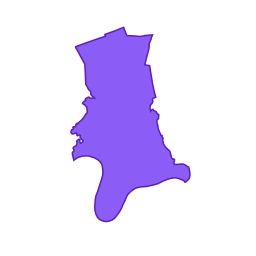 outline of Go Cong, Tiền Giang, Vietnam, rotated 196°
{"feature_id": "81297802B95868582932177", "entity_name": "Go Cong", "entity_type": "district", "adm_level": 2, "iso_a3": "VNM", "parent_name": "Vietnam", "parent_adm1": "Tiền Giang", "projection": "natural_earth1", "projection_center": [106.661, 10.409], "detail": "fine", "context": "isolated", "style": "filled", "palette": "violet", "viewbox_px": 256, "rotation_deg": 196, "n_neighbors": 0, "source": "geoboundaries", "source_scale": "gbopen_adm2", "svg_char_len": 5740}
<svg xmlns="http://www.w3.org/2000/svg" viewBox="0 0 256 256"><g transform="rotate(196 128 128)"><path d="M58.4,91.6L58.1,91.7L57.5,92.2L56.6,93.7L55.4,95.8L55.3,97.2L55.3,98.3L55.5,99.8L56.1,101.8L57.3,104.3L58.4,106.3L58.9,107.1L59.9,107.3L62.2,108.1L63.3,108.3L64.6,108.5L65.0,108.5L65.7,108.4L66.4,108.2L67.4,107.9L68.8,107.3L69.9,106.8L71.1,106.4L72.5,106.0L72.9,106.0L73.2,106.1L73.5,106.1L73.9,106.4L74.0,106.6L74.2,106.9L74.3,107.5L74.3,109.2L74.4,109.9L74.5,110.2L74.6,110.4L75.1,110.8L75.3,110.9L75.5,110.8L76.1,110.5L76.4,110.5L76.7,110.5L77.0,110.6L77.4,110.9L78.0,111.6L78.4,112.4L79.0,113.3L79.8,114.6L80.4,115.7L81.1,116.8L81.8,117.5L82.4,117.8L83.8,118.4L84.8,119.0L86.0,119.6L86.4,119.8L87.1,120.2L87.9,121.0L89.0,122.0L89.4,122.4L89.7,122.9L89.8,123.2L89.9,123.5L90.1,124.0L90.6,124.7L91.5,125.9L91.5,126.1L91.5,126.4L91.5,126.7L91.4,126.9L91.3,127.4L91.4,127.6L91.6,127.9L92.1,128.2L92.5,128.4L92.8,128.6L93.0,128.7L93.0,128.8L93.1,129.0L93.0,129.4L92.9,129.8L93.0,129.9L93.1,130.1L94.0,130.2L94.3,130.3L94.7,130.6L95.2,131.1L97.7,134.3L99.0,136.1L99.2,136.5L99.4,137.1L99.8,138.0L100.7,139.7L101.9,141.7L102.2,142.6L102.3,143.3L102.2,143.7L102.0,144.2L101.8,144.6L101.4,145.2L101.2,145.4L101.5,146.3L101.8,148.0L102.2,149.2L102.2,149.4L102.5,149.4L103.0,149.5L103.3,149.6L103.6,149.7L104.6,150.6L105.2,151.2L105.9,151.6L106.2,151.6L107.6,151.8L107.8,151.8L108.1,151.9L108.4,152.2L108.5,152.3L108.9,152.7L109.1,152.8L109.4,152.7L109.7,152.5L110.1,152.1L110.5,151.6L110.7,151.2L110.8,150.8L110.9,150.4L112.0,152.4L112.5,153.6L112.7,154.8L112.7,155.6L112.1,157.8L111.5,158.7L111.4,159.4L111.6,160.6L112.3,162.1L112.4,163.1L109.8,165.3L111.6,168.2L111.8,168.5L112.1,169.0L116.6,177.3L119.9,184.3L124.4,193.9L126.5,193.7L129.3,193.3L129.5,199.8L129.6,202.4L129.6,204.0L129.8,210.3L129.9,211.1L130.0,211.8L130.2,212.6L130.4,212.9L130.6,213.6L130.7,214.1L130.8,215.4L130.8,215.9L130.6,217.1L130.4,218.4L130.3,219.4L130.4,221.1L130.1,224.3L137.3,221.5L138.0,221.1L139.2,220.4L140.0,220.0L142.1,219.2L143.1,219.0L145.4,218.6L150.9,217.4L153.0,216.9L154.7,216.5L159.9,223.5L163.1,221.2L166.9,218.1L171.3,215.0L176.0,211.6L175.0,210.0L177.2,208.4L180.5,206.3L181.8,205.3L183.4,204.2L192.3,197.9L199.7,192.5L200.5,191.8L200.7,191.7L200.7,191.3L200.5,191.0L196.3,186.9L193.7,184.1L190.5,180.9L188.7,179.0L187.2,177.6L187.1,177.3L186.8,176.6L185.3,172.3L184.0,168.5L181.5,160.9L180.9,159.2L180.7,158.3L180.3,158.0L179.0,156.8L178.1,155.9L177.6,155.2L177.1,154.8L176.0,153.8L175.2,153.4L174.5,153.1L174.2,152.9L173.9,152.7L173.7,152.4L173.5,152.1L173.4,151.5L173.4,151.0L173.2,150.6L172.9,150.0L172.5,149.6L171.0,148.8L169.5,148.2L168.4,147.5L169.4,147.4L170.0,147.3L171.8,146.4L172.3,146.3L172.6,146.3L172.9,146.4L173.2,146.5L173.5,146.7L173.9,146.9L174.2,146.9L174.5,146.8L175.0,146.4L176.5,144.9L176.9,144.4L177.0,144.2L177.0,143.9L176.8,143.7L176.6,143.5L176.3,143.1L176.3,142.9L176.3,142.6L176.5,142.4L176.9,142.2L177.4,141.7L177.8,141.2L178.1,140.6L178.3,140.0L178.5,139.3L178.2,138.9L177.4,138.6L177.0,138.6L176.6,138.5L176.2,138.4L175.7,138.2L174.7,137.5L173.4,136.6L173.1,136.0L172.8,135.2L172.4,134.2L172.0,133.4L171.7,132.7L171.5,132.2L171.5,131.8L171.6,131.3L172.2,130.1L172.6,129.0L172.9,127.7L173.3,126.4L173.9,124.9L174.4,123.7L175.2,122.2L175.7,121.4L176.5,120.4L176.8,119.7L177.2,118.9L177.2,118.4L177.4,118.2L177.5,118.1L177.9,118.2L178.0,118.4L178.1,118.5L178.3,118.5L178.6,118.2L178.8,117.6L179.0,117.0L179.0,116.7L179.0,115.8L178.8,115.6L178.7,115.3L178.7,115.0L178.9,114.8L179.4,114.5L180.8,114.1L181.0,113.9L181.1,113.7L181.1,113.2L180.8,112.8L180.4,112.3L180.4,112.0L180.4,111.7L180.5,111.5L181.2,111.1L181.6,110.8L181.7,110.4L181.8,110.0L181.8,109.3L181.8,108.9L181.7,108.4L181.6,108.1L181.4,107.8L181.1,107.5L180.8,107.3L180.5,107.1L180.1,107.0L179.8,107.0L179.4,107.1L177.8,108.0L177.2,108.4L176.7,108.7L176.5,108.8L176.3,108.8L176.2,108.8L175.9,108.6L175.7,108.3L175.1,106.9L174.8,106.6L174.6,106.6L174.4,106.6L173.8,107.1L173.3,107.5L173.0,107.7L172.7,107.9L172.1,107.9L171.8,107.7L171.6,107.4L171.6,107.0L171.6,106.7L171.6,106.0L171.4,105.7L171.2,105.6L170.5,105.3L170.2,105.0L169.5,104.4L169.0,103.9L168.6,103.8L168.0,103.8L167.8,103.7L167.6,103.5L167.5,103.3L167.5,103.0L167.6,102.6L168.4,101.0L168.6,100.6L168.8,100.5L169.1,100.4L169.3,100.4L169.6,100.6L169.9,100.9L170.5,101.5L170.7,101.8L170.8,102.1L170.9,102.4L170.9,102.8L170.9,103.2L171.0,103.5L171.3,103.8L171.7,103.8L172.1,103.6L172.9,102.8L173.5,101.9L173.6,101.5L173.6,101.2L173.6,100.9L173.6,100.6L173.4,100.4L172.9,99.8L172.7,99.4L172.7,98.8L172.7,98.4L172.8,98.0L172.9,97.6L172.9,97.3L172.9,97.1L172.9,96.8L172.9,96.7L173.8,95.9L174.1,95.7L174.6,95.1L175.0,94.7L175.1,94.3L175.2,94.1L175.2,93.8L175.2,93.5L174.9,93.0L174.6,92.8L174.4,92.6L174.1,92.4L173.9,92.1L173.7,91.9L173.6,91.5L173.6,91.2L173.8,90.8L174.1,90.3L174.5,89.6L174.6,88.9L174.6,88.3L174.3,87.7L173.1,85.5L172.6,84.5L171.9,83.3L171.1,82.0L170.3,83.2L168.0,85.9L164.3,88.3L161.4,89.4L159.1,90.0L158.5,90.2L155.9,90.2L153.9,90.1L151.4,90.0L150.1,89.6L149.0,89.4L147.8,89.0L146.1,88.1L144.4,87.0L143.2,85.8L141.7,83.3L140.0,78.9L139.4,75.9L139.3,74.2L139.3,70.6L139.7,58.7L140.1,53.8L139.8,50.6L138.9,46.1L138.1,42.8L136.9,39.4L134.8,35.9L132.4,33.5L130.1,32.2L128.0,31.8L125.6,31.7L123.4,32.0L120.7,33.1L118.0,35.1L116.4,36.9L115.3,39.2L114.0,42.4L113.0,45.3L112.6,47.2L112.1,49.1L111.9,51.9L111.6,53.6L110.9,57.5L110.4,61.4L109.9,63.9L109.6,64.5L109.3,65.2L108.2,67.1L107.1,68.8L105.4,70.9L103.4,72.7L101.1,74.1L98.8,75.2L97.0,75.8L94.0,76.9L91.0,78.5L87.3,80.6L84.4,82.4L82.5,84.0L80.0,86.3L76.5,89.1L73.2,91.3L70.0,92.8L67.8,93.3L67.1,93.4L65.3,93.4L62.3,93.1L60.7,93.0L59.6,92.7L59.1,92.3L58.6,91.7L58.4,91.6Z" fill="#8b5cf6" stroke="#5b21b6" stroke-width="1.5"/></g></svg>